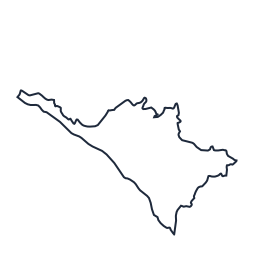 SVG path tracing the border of Santiago de Cuba, rotated 41°
{"feature_id": "CUB-1369", "entity_name": "Santiago de Cuba", "entity_type": "Province", "adm_level": 1, "iso_a3": "CUB", "parent_name": "Cuba", "parent_adm1": "", "projection": "robinson", "projection_center": [-76.024, 20.226], "detail": "fine", "context": "isolated", "style": "outline", "palette": "slate", "viewbox_px": 256, "rotation_deg": 41, "n_neighbors": 0, "source": "natural_earth", "source_scale": "10m", "svg_char_len": 3913}
<svg xmlns="http://www.w3.org/2000/svg" viewBox="0 0 256 256"><g transform="rotate(41 128 128)"><path d="M232.6,178.0L231.1,177.8L226.9,176.8L225.6,176.0L224.8,175.9L224.4,176.2L223.4,177.5L222.6,178.0L219.2,178.5L215.1,178.4L211.4,177.6L208.7,175.9L204.6,176.6L199.4,173.6L194.2,169.6L189.8,167.1L187.0,166.7L178.0,167.1L175.6,166.7L170.7,165.3L168.1,165.0L163.3,165.6L160.7,166.4L159.1,167.5L157.2,167.8L140.6,163.4L129.2,162.0L123.4,162.3L113.4,165.2L108.6,166.0L99.4,166.0L96.7,166.4L91.4,168.4L88.6,169.0L72.6,168.0L56.2,169.5L53.6,171.0L50.9,170.8L48.1,170.1L45.5,169.9L43.5,170.9L39.5,174.5L36.8,175.9L33.8,176.7L24.3,177.2L24.2,173.9L23.1,171.3L22.7,170.7L22.6,170.2L22.6,169.8L23.7,169.4L31.1,168.5L31.9,168.2L32.6,167.7L37.4,160.7L38.0,160.4L38.9,160.2L41.9,160.0L43.7,160.1L46.5,160.1L48.4,159.7L49.6,159.1L51.7,156.7L53.8,155.4L55.0,156.6L55.3,157.0L55.8,157.5L56.2,157.8L56.7,157.9L57.1,158.1L57.5,158.2L57.8,158.5L58.1,158.9L58.6,159.2L59.0,159.2L59.4,158.7L59.7,158.2L60.1,157.9L60.8,157.6L63.2,156.9L64.0,156.9L64.7,157.6L65.8,159.0L66.6,159.6L67.6,160.0L69.7,160.6L70.2,160.8L70.4,160.9L71.1,161.0L72.2,161.0L74.4,160.6L77.4,160.6L77.8,160.3L78.3,159.0L78.5,158.8L79.3,159.0L80.3,159.4L83.8,160.3L84.7,160.1L84.8,159.4L83.9,156.5L83.7,155.7L83.7,155.3L84.5,154.7L88.1,155.4L91.0,155.6L91.9,155.5L93.1,155.2L94.6,154.5L96.4,153.5L98.3,152.0L102.0,148.3L103.3,145.6L102.8,133.4L102.1,129.1L101.7,128.1L101.8,127.3L102.7,126.8L103.8,125.4L105.7,123.3L105.5,121.9L105.5,121.4L105.5,120.7L108.2,109.1L109.0,107.6L109.9,106.7L111.9,106.7L113.2,106.8L115.9,107.3L117.1,107.3L117.8,107.0L118.2,106.1L118.3,105.4L118.4,104.0L118.6,103.5L119.1,102.8L119.8,102.0L120.4,101.1L120.8,100.1L121.0,98.8L121.0,97.5L120.5,94.8L120.7,94.2L121.2,94.0L122.2,93.9L123.4,94.7L124.1,95.5L124.4,96.4L124.4,97.3L124.3,98.2L124.3,99.0L124.4,99.8L125.0,101.2L125.6,103.1L126.1,103.7L127.1,103.7L128.8,102.1L132.1,97.3L135.1,97.1L136.3,97.2L137.3,97.4L138.3,97.8L139.4,98.4L140.1,98.6L140.6,98.6L141.3,98.4L141.3,98.7L141.2,99.3L140.3,101.6L140.7,102.7L143.1,100.2L143.3,99.8L144.1,96.7L144.4,93.4L143.6,91.2L143.3,89.9L143.0,89.4L142.6,89.2L142.5,88.8L142.8,88.3L144.8,86.9L146.4,85.4L147.0,84.9L149.2,83.9L149.5,83.2L149.4,82.2L148.6,79.9L148.2,78.6L148.5,77.7L148.8,77.5L150.6,78.4L156.5,83.2L157.7,85.3L157.2,86.8L157.6,87.4L158.5,87.8L160.7,88.0L162.3,88.0L163.1,88.2L163.4,88.6L163.3,89.5L163.0,90.2L162.7,90.8L162.4,91.3L162.2,91.6L162.6,92.2L163.6,93.0L167.3,95.8L169.4,96.4L169.9,98.7L170.1,99.2L170.3,99.6L170.7,100.1L172.8,101.3L176.8,101.7L185.9,97.1L186.9,96.8L188.3,96.7L192.3,97.3L197.7,96.7L203.1,92.6L203.5,91.6L203.9,90.3L203.2,88.7L203.1,88.2L203.1,87.8L203.3,87.2L203.7,86.7L203.9,86.5L204.9,87.0L205.7,87.4L207.3,88.3L207.9,88.1L208.8,87.5L210.7,85.9L213.2,83.0L213.7,82.4L214.1,82.1L214.6,81.8L215.3,81.5L215.8,81.2L216.2,80.8L216.8,80.7L217.5,80.9L219.5,82.6L221.8,83.4L227.3,82.3L228.9,82.3L229.4,82.2L230.0,82.0L231.2,81.3L231.5,81.8L231.5,82.8L231.1,86.3L230.9,87.0L230.7,87.2L229.8,87.6L229.4,87.9L229.1,88.3L228.8,88.9L228.7,89.3L228.5,89.8L228.2,90.3L227.7,90.7L227.2,91.1L227.3,91.6L228.1,92.8L230.1,94.6L233.4,99.4L232.2,100.5L231.6,101.7L231.1,102.2L230.5,102.3L229.3,101.8L228.9,101.6L228.2,101.4L227.9,101.6L227.7,102.1L227.6,102.6L227.6,103.3L227.4,104.3L226.9,105.4L225.6,107.5L224.2,108.8L222.8,109.8L221.2,110.5L220.6,111.1L220.3,111.5L220.8,112.7L222.2,115.7L222.5,118.1L222.3,122.8L222.1,123.6L221.8,123.9L221.4,124.2L221.1,124.6L220.8,125.1L220.2,126.3L220.1,126.9L220.1,127.9L220.8,131.3L221.5,133.4L221.8,134.0L222.4,136.0L222.5,136.2L222.8,136.5L224.0,137.4L223.9,141.3L224.3,142.9L224.6,143.2L225.0,143.4L225.5,143.4L226.3,143.9L226.6,144.5L226.7,145.8L226.5,146.6L226.2,147.1L223.2,148.8L221.7,150.8L221.2,151.1L220.8,151.1L219.0,151.9L219.2,157.3L219.8,159.5L221.5,162.5L222.3,163.5L225.0,166.3L232.6,177.9L232.6,178.0Z" fill="none" stroke="#1e293b" stroke-width="2"/></g></svg>